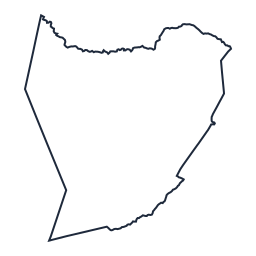 outline of Palmas de Monte Alto, Bahia, Brazil
{"feature_id": "56859067B99815103572089", "entity_name": "Palmas de Monte Alto", "entity_type": "district", "adm_level": 2, "iso_a3": "BRA", "parent_name": "Brazil", "parent_adm1": "Bahia", "projection": "mercator", "projection_center": [-43.172, -14.195], "detail": "fine", "context": "isolated", "style": "outline", "palette": "slate", "viewbox_px": 256, "rotation_deg": 0, "n_neighbors": 0, "source": "geoboundaries", "source_scale": "gbopen_adm2", "svg_char_len": 3404}
<svg xmlns="http://www.w3.org/2000/svg" viewBox="0 0 256 256"><path d="M231.0,48.8L230.5,47.4L229.7,46.2L228.4,46.2L227.4,45.4L226.0,45.4L224.9,44.3L224.1,42.8L223.3,41.9L222.0,42.1L221.4,40.6L220.8,39.3L219.3,39.2L217.5,38.8L216.4,37.3L215.3,36.3L213.9,36.1L212.4,35.4L211.0,34.5L209.6,34.1L208.2,33.4L206.6,33.6L205.0,33.4L203.5,33.9L202.0,32.9L200.5,31.5L199.5,30.4L198.2,29.2L196.5,27.9L195.2,26.7L194.4,26.0L193.3,25.3L191.8,25.0L190.7,24.6L189.5,24.2L188.2,24.3L186.5,24.4L184.5,24.1L182.9,24.3L182.0,25.1L181.5,26.0L180.2,26.6L178.9,26.7L178.2,27.6L176.9,28.1L175.4,28.2L173.4,28.1L172.2,27.8L171.1,28.0L169.8,28.7L168.4,28.0L167.3,28.0L165.8,28.3L164.2,29.3L163.6,30.8L162.6,32.3L161.5,34.1L160.9,35.1L159.7,36.3L159.5,37.8L159.8,39.7L158.3,40.6L157.1,41.0L155.8,42.3L155.6,44.0L155.1,46.3L155.1,47.8L154.8,48.9L153.5,49.7L151.7,48.6L149.8,48.3L148.3,48.8L146.9,48.4L145.6,47.8L144.2,47.6L143.3,46.7L142.4,45.9L141.3,46.6L139.6,47.3L138.5,47.2L137.2,47.4L135.7,47.5L134.4,47.6L133.0,48.2L132.7,49.3L132.1,50.3L131.0,51.4L129.7,49.7L128.5,49.3L127.3,49.2L126.3,49.6L125.5,50.4L123.9,50.4L124.0,49.0L122.9,48.5L121.7,48.8L120.8,49.8L119.7,50.1L118.7,49.3L117.4,49.7L116.8,51.4L115.1,51.7L113.3,51.3L111.6,51.3L110.3,51.4L109.5,52.7L108.2,53.8L107.3,52.5L106.0,51.9L104.8,51.3L103.7,50.2L103.0,51.2L102.8,52.4L101.6,52.8L100.1,52.3L98.7,51.9L97.4,51.7L95.2,51.6L93.8,52.2L92.1,50.9L90.8,51.6L89.6,51.8L88.2,51.2L86.9,50.1L85.3,50.0L84.1,51.0L82.9,51.3L82.1,49.7L80.5,48.9L79.2,48.9L78.0,48.6L77.2,47.5L76.2,46.5L75.1,46.1L73.9,46.3L72.7,46.5L71.3,46.4L69.3,46.9L67.7,47.6L66.4,46.9L65.3,45.8L64.5,44.9L64.8,43.5L65.2,42.5L65.3,41.4L64.9,39.9L63.6,38.7L62.6,37.7L61.4,37.4L59.7,37.1L58.5,36.3L57.3,35.9L56.2,35.0L57.2,33.7L55.7,33.4L54.5,32.8L53.7,31.3L53.9,29.7L54.0,28.6L52.5,28.0L51.7,27.1L50.8,26.6L50.8,25.0L51.4,23.2L50.8,21.9L49.7,21.7L48.5,22.7L47.0,22.8L46.9,21.2L45.6,20.2L44.3,20.0L43.0,19.4L43.5,18.0L44.0,16.9L42.7,16.2L41.1,15.4L40.1,19.7L39.0,24.6L36.4,36.6L33.3,51.2L25.0,89.1L25.7,90.8L36.3,117.2L47.5,144.7L52.2,156.1L66.2,190.2L50.9,236.1L49.1,240.6L66.8,236.1L106.8,226.7L108.5,228.1L109.5,229.2L110.6,230.1L111.7,230.3L112.8,229.9L113.9,229.2L115.0,228.9L116.5,228.9L117.5,229.1L118.8,228.8L120.6,228.3L121.9,227.1L123.7,226.9L125.3,226.3L126.6,225.8L127.4,224.7L128.8,224.3L130.1,224.6L131.3,223.4L132.4,222.3L133.0,221.4L134.4,221.6L136.0,221.6L136.3,220.1L136.9,218.8L137.7,218.0L138.9,218.1L140.0,217.2L141.2,216.6L142.9,215.3L144.3,215.7L145.7,216.0L146.8,216.0L147.5,215.1L148.7,214.7L150.5,215.0L151.9,214.6L152.7,213.0L153.0,211.3L154.1,210.1L154.9,209.0L156.1,207.7L157.2,206.1L157.9,205.1L158.9,204.2L160.0,203.5L161.1,202.7L162.7,203.1L163.5,201.9L164.5,201.4L165.1,200.2L165.5,198.9L165.9,197.6L166.3,196.5L166.5,195.3L167.5,194.1L168.8,193.1L170.6,192.2L172.0,191.0L172.9,189.7L174.1,189.3L175.8,188.4L177.1,187.1L177.9,185.8L178.9,185.2L179.9,183.2L181.1,182.1L182.0,181.2L183.1,180.5L183.7,179.4L181.9,178.4L180.3,177.7L178.8,177.3L178.0,176.5L176.8,175.9L180.2,169.4L181.1,168.0L183.1,165.0L193.2,150.8L197.6,144.7L198.3,143.8L207.2,131.1L207.9,130.2L210.6,125.6L211.1,124.5L212.3,124.3L214.2,124.4L214.8,123.4L214.3,122.5L213.0,122.2L211.9,121.5L211.6,120.3L211.6,118.4L211.7,116.9L212.2,115.9L212.9,114.1L216.7,107.2L220.0,101.0L221.0,99.2L224.0,93.6L223.9,92.0L222.0,72.2L221.0,60.7L228.2,51.5L231.0,48.8Z" fill="none" stroke="#1e293b" stroke-width="2"/></svg>